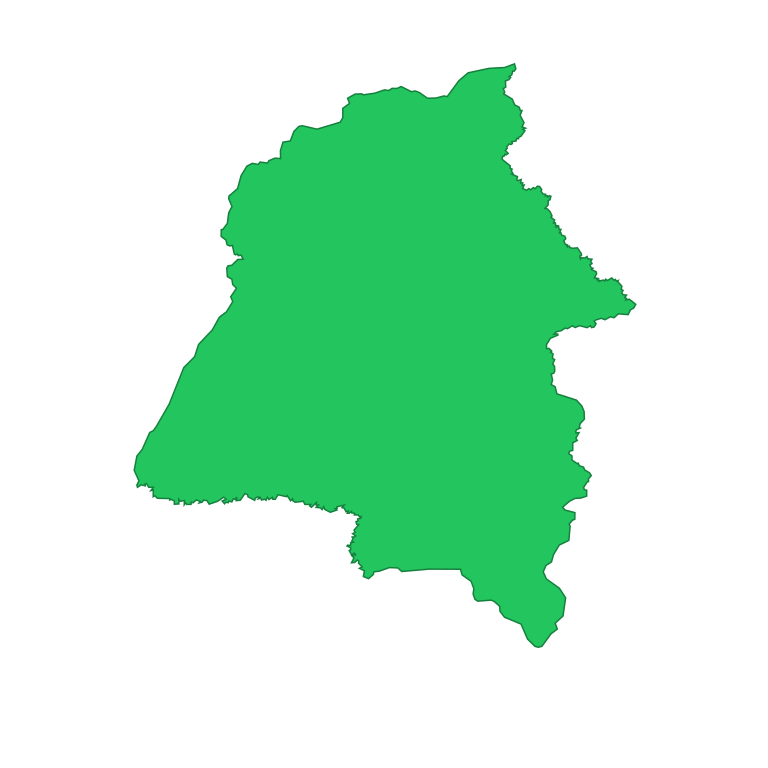 outline of Kuchinarai, Kalasin, Thailand, rotated 258°
{"feature_id": "78962969B96720731529484", "entity_name": "Kuchinarai", "entity_type": "district", "adm_level": 2, "iso_a3": "THA", "parent_name": "Thailand", "parent_adm1": "Kalasin", "projection": "equal_earth", "projection_center": [103.988, 16.535], "detail": "fine", "context": "isolated", "style": "filled", "palette": "green", "viewbox_px": 768, "rotation_deg": 258, "n_neighbors": 0, "source": "geoboundaries", "source_scale": "gbopen_adm2", "svg_char_len": 6144}
<svg xmlns="http://www.w3.org/2000/svg" viewBox="0 0 768 768"><g transform="rotate(258 384 384)"><path d="M108.3,502.6L114.4,501.7L119.9,510.9L137.1,517.2L147.7,513.1L159.6,502.3L167.2,500.7L172.8,504.7L175.1,510.8L181.8,514.3L190.0,521.9L192.6,532.3L206.2,536.5L208.4,535.9L211.6,540.1L212.0,542.5L218.5,544.0L223.1,534.8L226.4,533.1L230.8,541.2L232.4,547.2L231.5,553.0L232.2,558.9L238.0,560.2L238.9,558.1L241.2,557.7L246.0,562.4L246.0,563.8L248.6,564.2L251.3,567.7L254.5,566.5L258.2,562.4L261.2,561.9L263.4,558.1L266.2,557.5L265.9,556.5L270.4,552.1L274.7,552.9L277.6,550.1L279.7,551.6L279.8,554.8L287.2,556.4L288.6,561.3L291.1,560.4L295.9,564.7L296.3,561.6L297.6,561.7L299.2,562.7L300.1,566.9L300.7,565.9L304.4,567.6L308.0,572.7L315.5,574.0L321.2,573.0L328.2,568.9L338.4,551.1L345.8,550.8L348.7,547.4L352.7,549.7L359.0,549.7L359.2,552.3L361.2,553.7L365.8,554.5L368.4,553.2L372.4,556.0L374.2,554.1L378.4,555.6L380.4,553.5L381.4,554.9L384.5,552.7L384.8,550.4L388.7,551.1L394.1,556.3L395.7,564.3L396.8,564.3L397.4,560.6L399.3,563.6L399.3,568.6L401.0,572.4L400.0,575.1L401.8,580.3L399.5,582.7L400.4,587.4L396.9,594.4L398.1,597.9L396.0,598.8L396.1,601.4L398.9,604.0L401.8,602.6L402.5,604.0L403.1,610.1L400.9,613.6L402.7,619.4L401.0,622.8L403.9,627.8L401.1,637.2L405.3,640.5L406.4,644.1L409.6,646.8L415.9,641.6L415.9,638.0L417.1,639.0L418.6,637.5L420.5,639.7L421.7,636.4L423.7,635.4L425.9,637.3L427.1,635.7L430.2,637.0L435.6,633.9L436.5,634.6L436.2,632.8L438.2,632.0L437.7,630.5L440.4,628.9L438.8,624.2L440.4,622.5L438.9,621.4L440.1,620.0L439.8,615.5L440.7,616.1L441.7,614.0L442.6,615.5L444.2,611.9L447.6,614.9L449.6,614.9L452.8,610.7L453.8,612.4L454.5,610.8L457.8,610.2L458.5,612.5L461.2,611.7L462.8,613.4L464.1,609.4L466.5,609.1L465.5,606.7L466.5,603.0L465.6,602.2L468.4,602.1L468.6,603.8L470.2,604.2L477.0,601.5L477.5,596.9L478.8,594.1L480.2,594.1L480.0,592.1L481.3,592.4L481.0,590.9L481.9,592.3L483.3,590.3L486.7,589.7L488.3,592.0L490.9,591.6L492.8,588.7L495.5,588.4L495.5,587.1L498.4,589.2L498.8,587.5L501.6,587.5L501.8,585.4L502.6,586.9L503.2,584.9L506.0,585.1L506.4,583.3L508.9,585.0L512.3,582.0L513.5,583.3L517.9,582.3L521.1,580.4L522.3,577.9L524.9,581.7L529.3,582.8L529.7,584.7L532.9,586.3L533.8,584.8L532.8,583.1L534.1,583.0L534.3,580.9L535.9,581.6L536.9,579.0L539.9,577.7L541.4,578.7L544.8,577.3L545.6,575.1L543.6,572.5L545.1,570.9L543.5,567.9L545.0,566.3L543.8,563.8L546.5,560.2L549.5,562.5L549.6,560.4L551.9,561.5L552.2,559.4L555.5,560.7L555.1,557.2L556.0,556.2L559.1,557.7L562.7,552.5L562.9,553.9L566.1,552.9L567.5,554.0L568.7,552.2L571.2,552.8L579.1,546.3L581.8,547.1L582.0,549.0L583.7,550.0L582.7,551.2L583.8,553.4L587.3,551.2L588.9,553.6L590.3,553.2L592.8,556.3L591.9,558.0L592.5,559.6L594.5,559.4L594.2,563.6L596.5,564.8L595.9,566.6L597.3,566.9L597.8,569.4L602.4,574.5L604.3,572.7L604.8,575.6L606.8,572.5L610.5,575.3L618.4,573.0L622.8,575.8L623.1,574.2L626.6,573.8L629.8,569.9L636.0,568.7L642.9,561.4L644.5,562.8L648.1,562.0L649.0,564.8L655.2,565.8L655.7,569.5L657.6,571.6L658.6,570.3L659.9,573.3L663.3,575.0L662.9,576.3L664.8,578.5L670.0,578.2L668.5,567.8L670.9,552.5L670.9,531.0L665.1,520.3L652.0,505.6L653.3,502.5L652.9,494.5L654.5,485.9L661.7,479.3L664.1,475.6L664.3,471.5L671.4,462.6L670.4,458.3L671.5,453.3L670.1,449.6L671.6,445.7L670.4,435.7L671.1,424.1L672.4,422.6L673.6,416.0L671.1,407.8L665.6,408.6L662.2,401.0L653.1,399.1L649.2,395.6L647.2,371.5L653.6,357.8L653.7,354.4L649.8,348.4L641.2,342.9L641.6,335.5L633.8,331.2L626.0,329.7L627.6,324.3L626.4,317.9L624.3,316.0L626.9,308.9L624.9,306.7L627.2,301.0L625.6,295.2L617.6,287.6L605.6,281.4L600.1,271.5L597.6,270.6L589.2,272.2L583.8,267.7L573.7,264.2L568.7,258.5L568.8,256.9L562.2,255.4L557.8,259.3L552.8,259.5L551.1,261.9L551.0,264.5L542.1,264.6L541.2,265.8L541.7,267.5L539.8,268.2L539.8,271.0L535.3,272.2L536.2,266.8L531.8,259.9L532.0,256.0L530.1,254.3L521.6,253.1L518.1,257.0L512.7,256.7L508.4,259.7L501.2,252.2L496.1,253.2L487.4,245.0L483.6,236.9L472.5,227.2L461.3,210.9L450.1,204.5L441.7,191.6L409.0,169.7L389.6,152.3L386.3,148.6L385.3,144.8L370.3,133.9L364.9,127.3L351.5,121.7L340.2,124.2L336.5,121.2L334.2,121.4L335.9,125.7L334.0,129.2L335.9,129.6L336.0,130.9L331.9,132.4L330.9,137.0L328.2,133.8L328.3,136.3L321.7,134.8L322.3,136.7L319.4,138.5L316.4,150.8L315.1,150.3L315.2,152.1L313.3,154.6L310.0,153.9L309.3,158.4L313.9,159.3L311.6,160.4L311.5,164.5L307.4,163.5L308.9,165.2L307.2,166.1L306.4,170.2L308.5,170.9L307.5,172.5L309.6,176.4L307.2,179.9L306.1,178.5L306.3,181.8L307.9,183.2L306.8,186.6L302.8,188.0L303.8,196.6L306.6,203.7L304.1,205.7L303.2,201.4L300.0,203.1L301.2,204.5L300.3,206.9L301.7,208.0L300.3,210.7L303.0,212.8L302.1,214.4L304.0,216.6L300.6,215.2L300.2,219.3L305.8,225.2L304.0,227.6L302.0,227.5L297.1,233.3L299.1,234.4L299.8,236.8L299.2,238.7L297.8,237.1L298.0,239.6L296.0,240.0L296.1,243.3L294.8,244.4L297.4,246.3L294.9,247.4L296.3,251.2L294.5,251.1L293.8,253.7L297.7,257.3L294.1,265.1L295.0,266.1L289.2,268.3L290.7,270.7L288.7,270.6L286.8,272.6L286.0,280.8L282.7,281.5L281.4,287.3L280.2,286.0L278.5,287.4L282.1,293.2L279.7,292.5L279.3,294.7L277.4,292.0L276.1,296.1L274.0,297.3L276.5,299.6L273.7,299.9L269.7,304.8L270.5,311.6L272.2,310.3L272.0,312.3L273.7,312.3L273.8,319.8L271.8,317.2L270.9,319.2L267.0,320.3L267.2,322.6L265.2,321.2L264.8,323.0L266.1,325.7L264.7,325.5L263.6,328.4L262.1,327.7L261.2,331.7L259.2,332.3L259.1,334.3L257.5,333.4L257.5,330.2L255.5,330.1L255.2,328.0L252.4,328.1L251.6,330.0L247.3,324.3L244.8,324.8L244.1,322.2L241.3,324.7L240.5,322.6L241.3,320.5L239.8,321.9L237.0,319.8L235.7,321.2L235.7,318.5L233.1,317.8L233.9,314.8L233.2,314.1L230.8,317.3L229.1,317.1L228.3,315.3L223.5,316.8L224.8,319.8L222.9,320.8L222.6,316.9L220.2,318.5L215.9,315.0L215.5,318.1L217.3,321.2L216.2,322.5L213.9,321.9L209.6,324.6L208.8,321.6L205.4,326.0L200.0,323.8L196.8,328.4L200.0,334.1L202.4,334.9L201.9,340.4L203.3,351.1L201.2,359.3L196.9,362.4L193.5,390.0L186.9,420.3L181.0,420.7L172.9,428.2L165.1,429.3L160.1,427.5L154.5,428.2L152.1,430.5L150.3,443.9L148.6,446.4L142.4,451.0L137.4,450.2L130.7,453.5L120.7,468.1L104.6,471.4L96.0,477.1L94.4,480.2L94.6,483.9L104.9,495.4L108.3,502.6Z" fill="#22c55e" stroke="#15803d" stroke-width="1.5"/></g></svg>